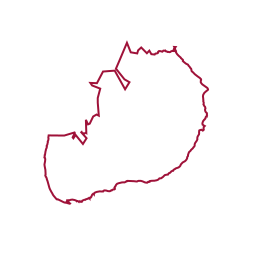 Los Cabos, Baja California Sur, Mexico (Robinson projection), rotated 22°
{"feature_id": "50627088B64168457575480", "entity_name": "Los Cabos", "entity_type": "district", "adm_level": 2, "iso_a3": "MEX", "parent_name": "Mexico", "parent_adm1": "Baja California Sur", "projection": "robinson", "projection_center": [-109.801, 23.272], "detail": "fine", "context": "isolated", "style": "outline", "palette": "rose", "viewbox_px": 256, "rotation_deg": 22, "n_neighbors": 0, "source": "geoboundaries", "source_scale": "gbopen_adm2", "svg_char_len": 5509}
<svg xmlns="http://www.w3.org/2000/svg" viewBox="0 0 256 256"><g transform="rotate(22 128 128)"><path d="M57.2,164.6L57.7,166.7L57.9,167.1L58.2,167.4L58.6,168.8L58.7,170.3L58.6,170.5L59.1,171.5L59.1,172.2L59.4,173.4L59.3,175.2L59.7,175.5L59.8,175.8L60.0,177.2L59.9,178.6L60.1,179.1L60.3,180.7L61.1,184.0L60.9,184.4L61.3,185.1L61.5,186.6L61.7,186.8L62.3,186.9L63.0,188.0L63.6,190.0L64.2,193.1L64.9,194.4L67.1,197.8L68.9,201.7L69.1,202.2L69.0,202.6L69.0,202.8L70.0,204.0L70.3,204.0L70.9,204.5L71.9,205.7L72.1,206.2L72.4,206.4L73.3,207.4L77.6,213.0L78.8,214.2L81.2,216.2L82.6,217.2L83.1,217.8L84.5,218.7L88.5,220.8L88.9,220.6L89.3,220.7L89.7,220.4L96.3,220.9L97.5,220.8L98.9,220.4L102.0,220.1L102.4,220.0L102.5,219.7L102.1,219.7L100.9,219.2L100.7,219.0L100.2,218.8L99.9,218.8L100.0,218.9L100.0,219.0L99.9,219.0L100.0,219.1L99.9,219.2L99.7,219.1L99.8,218.8L99.6,218.8L99.6,219.0L99.5,218.9L99.4,219.0L99.5,219.1L99.4,219.0L99.5,219.2L99.4,219.2L99.3,219.3L99.0,218.9L99.2,219.0L99.1,218.9L99.2,218.6L99.4,218.7L99.3,218.9L99.5,218.6L99.4,218.7L99.1,218.8L99.3,218.4L99.4,218.6L99.5,218.5L99.3,218.4L99.2,218.2L99.4,218.2L99.2,218.2L99.3,218.0L99.2,218.1L99.1,217.9L99.3,217.9L99.1,217.9L99.3,217.8L99.3,217.7L99.1,217.8L99.2,217.7L99.3,217.7L99.2,217.6L99.4,217.5L99.5,217.6L99.3,217.7L99.5,217.7L99.3,217.8L99.5,217.7L99.4,217.9L99.6,217.9L99.4,218.0L99.6,218.6L100.2,218.6L100.1,218.2L100.2,217.7L100.6,217.0L102.0,215.9L103.3,215.2L105.4,214.8L107.0,214.7L107.9,215.2L108.5,214.6L109.5,214.6L110.0,214.8L110.0,214.6L110.5,214.5L110.7,214.1L110.8,214.2L111.5,214.2L111.9,213.9L112.3,214.0L112.9,213.5L112.7,213.1L112.9,212.4L113.2,212.2L113.4,211.9L114.0,211.4L114.2,211.1L114.8,210.7L115.4,210.5L115.5,210.0L116.1,209.5L116.8,209.0L117.0,208.6L117.4,208.4L117.7,208.2L118.1,208.1L118.2,207.8L118.1,207.7L118.1,207.4L118.4,207.3L118.7,207.5L118.6,207.2L119.1,206.5L119.5,206.5L119.8,205.6L119.7,205.2L119.8,204.9L119.7,204.0L119.9,202.9L120.3,202.2L120.7,202.0L121.1,202.2L120.9,201.7L121.2,201.6L121.2,201.1L121.6,200.2L122.9,199.0L125.6,197.3L127.8,196.6L128.2,196.3L128.6,196.2L128.6,195.8L129.0,195.5L129.2,194.9L129.5,194.7L130.9,194.2L133.2,194.0L134.7,193.5L135.1,193.2L135.4,192.6L135.9,192.3L136.0,191.9L136.5,191.7L136.6,191.3L137.1,190.7L138.4,190.0L138.7,189.5L138.6,189.2L138.2,189.0L138.1,188.5L137.8,188.4L137.8,188.1L137.9,187.4L138.2,186.9L138.1,186.5L138.3,185.0L138.8,183.8L140.0,182.7L142.8,180.7L144.1,180.1L144.8,179.9L145.3,179.6L146.8,177.9L146.7,177.7L147.1,177.4L147.4,177.5L147.3,178.0L147.5,177.5L147.6,177.4L147.7,177.1L153.4,175.1L155.6,174.5L156.4,174.2L157.1,173.4L157.9,172.9L159.8,172.2L161.6,172.0L164.2,172.1L166.2,171.6L166.4,171.1L166.8,170.8L166.7,170.8L166.8,170.4L167.8,169.7L168.1,169.0L169.9,168.0L172.2,167.0L174.2,165.7L175.3,164.6L175.7,163.8L175.9,163.1L176.2,162.8L177.4,162.3L178.0,161.6L178.1,161.2L178.7,160.4L179.7,158.0L181.0,157.0L182.5,156.2L182.5,155.6L182.7,155.3L182.8,154.7L183.0,154.4L183.6,154.0L184.2,152.7L184.4,152.0L185.3,151.0L185.9,150.7L185.9,149.8L186.4,149.0L187.0,148.4L187.1,148.0L187.5,147.5L189.7,145.6L189.9,145.1L190.4,144.3L190.6,143.5L190.7,143.2L190.6,142.1L191.4,140.0L191.5,139.6L193.2,137.5L193.6,136.7L194.0,135.5L194.2,134.1L193.8,132.9L194.1,131.5L193.7,130.3L193.6,127.6L194.5,125.7L194.7,124.6L195.7,122.6L195.9,121.4L196.4,120.3L196.4,119.4L195.9,118.1L195.9,116.6L196.5,114.1L196.6,112.6L196.1,111.6L195.8,110.5L195.8,109.6L196.2,107.3L195.9,106.1L195.5,105.4L195.0,103.6L195.6,102.9L196.8,102.1L198.3,102.4L198.8,101.7L198.8,100.9L198.2,100.2L197.9,98.7L198.0,98.4L198.4,97.4L197.5,97.3L197.2,97.5L196.7,97.1L196.2,96.9L195.9,96.9L195.3,96.0L195.2,95.3L195.1,95.0L195.1,93.2L195.4,92.6L195.5,91.8L195.9,91.3L196.0,90.6L196.2,90.2L196.0,89.1L196.0,88.6L196.3,87.8L196.7,87.7L196.4,87.2L196.5,86.5L196.1,86.0L195.8,85.1L195.6,84.7L194.2,84.1L193.6,83.7L192.7,82.5L192.4,81.6L192.5,81.3L192.5,80.9L191.9,80.0L191.6,79.6L190.5,79.0L189.2,77.9L189.3,77.6L189.0,77.1L188.7,76.1L187.7,74.9L187.5,74.0L187.1,73.4L186.7,72.5L185.6,70.5L185.3,69.0L185.6,66.9L186.6,64.8L187.6,63.1L187.8,62.7L187.8,62.3L187.1,61.5L186.4,61.1L180.5,59.7L179.0,58.9L178.3,58.3L178.1,57.7L177.8,57.0L177.8,56.0L177.3,55.3L176.8,55.2L175.9,54.7L173.3,54.1L169.8,53.1L167.4,52.0L166.3,51.7L165.7,51.4L164.8,50.1L164.6,49.7L164.2,49.3L163.3,49.0L162.1,48.1L160.9,47.6L159.9,46.8L157.5,46.6L154.3,45.6L153.7,45.3L153.7,44.7L153.3,44.2L150.9,43.4L150.6,43.0L148.0,42.1L146.0,41.2L144.3,40.0L143.8,39.4L143.8,38.8L142.1,37.4L141.8,36.7L141.7,35.6L141.8,35.1L140.6,35.5L141.1,35.9L141.1,36.1L140.9,36.2L141.0,38.1L141.4,38.0L141.5,38.3L141.4,38.6L141.6,38.9L141.9,38.8L141.9,39.4L140.0,40.1L139.2,40.8L138.7,41.7L137.9,42.2L136.4,42.4L136.1,42.7L134.7,42.5L134.2,42.7L133.4,42.2L132.9,42.7L131.8,43.0L131.6,43.4L131.6,43.6L131.3,44.3L131.1,44.3L130.6,44.5L129.7,44.5L128.0,45.0L127.7,45.4L127.4,46.0L127.4,46.4L127.7,46.7L127.5,47.4L126.9,48.0L125.6,48.7L125.3,49.3L125.2,49.9L122.0,50.8L118.8,48.3L117.5,51.6L110.1,48.4L108.3,52.2L108.6,55.4L102.2,56.8L95.1,49.4L94.8,69.2L94.6,77.5L106.5,84.2L112.2,85.0L110.8,93.2L94.2,79.8L83.7,85.0L82.4,98.1L76.2,100.3L78.8,102.0L87.5,101.9L88.7,111.5L90.5,115.9L96.3,127.5L93.8,127.3L91.4,130.4L90.9,138.3L89.6,139.6L85.9,136.2L91.2,148.2L90.8,148.1L90.4,148.4L89.9,149.2L89.3,149.6L88.7,149.6L88.5,150.0L87.9,149.8L87.4,150.0L86.5,149.1L86.3,149.5L93.4,153.0L92.2,159.7L82.1,154.1L81.2,158.0L80.2,157.4L80.5,153.2L80.3,152.5L80.7,151.7L71.7,158.9L57.2,164.6Z" fill="none" stroke="#9f1239" stroke-width="2"/></g></svg>